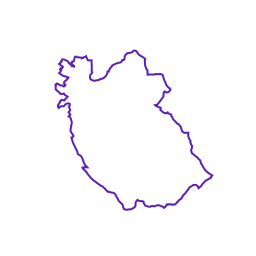 the district of Ciofrangeni, Arges, Romania, rotated 42°
{"feature_id": "2599482B54704009633873", "entity_name": "Ciofrangeni", "entity_type": "district", "adm_level": 2, "iso_a3": "ROU", "parent_name": "Romania", "parent_adm1": "Arges", "projection": "robinson", "projection_center": [24.531, 45.102], "detail": "fine", "context": "isolated", "style": "outline", "palette": "violet", "viewbox_px": 256, "rotation_deg": 42, "n_neighbors": 0, "source": "geoboundaries", "source_scale": "gbopen_adm2", "svg_char_len": 5780}
<svg xmlns="http://www.w3.org/2000/svg" viewBox="0 0 256 256"><g transform="rotate(42 128 128)"><path d="M179.2,190.9L181.1,190.1L181.8,189.6L183.1,187.9L184.5,186.6L184.5,186.3L185.1,185.2L185.8,183.0L185.8,182.3L185.9,181.6L185.7,181.3L185.3,180.3L184.0,179.0L183.5,177.9L183.1,175.9L183.1,175.1L184.7,174.8L185.9,174.2L187.1,173.3L187.7,172.6L189.2,172.5L189.6,173.2L190.2,173.3L192.4,174.1L194.0,173.6L196.4,172.4L196.6,172.1L197.0,171.9L198.0,169.9L198.7,169.4L199.2,169.3L199.9,168.7L200.8,167.1L201.0,166.5L202.1,165.2L202.7,164.7L206.8,163.1L208.3,163.2L208.5,162.8L208.5,162.2L208.4,161.6L208.3,161.2L208.4,159.0L208.2,158.9L208.8,158.4L208.7,157.9L208.9,157.6L209.5,157.5L210.1,157.0L210.3,156.7L210.4,156.4L210.6,156.1L211.4,156.0L212.3,155.1L212.8,154.9L213.3,154.2L213.5,154.2L213.9,153.8L213.9,153.1L214.3,152.3L214.3,151.7L214.2,150.8L214.4,150.4L214.1,150.0L214.1,149.3L214.3,148.8L214.2,147.5L214.3,147.0L214.4,146.7L214.7,145.7L214.6,145.3L214.8,144.1L214.5,142.7L214.0,141.7L214.0,141.4L214.2,141.1L214.1,139.9L214.3,139.4L214.3,139.0L214.1,136.4L214.0,135.8L213.8,134.5L213.9,133.5L213.4,130.7L213.6,130.0L214.1,129.3L214.4,127.4L214.9,126.4L215.6,125.6L217.0,124.7L219.1,124.6L220.1,125.3L220.7,125.5L220.7,124.6L220.9,124.0L221.0,123.3L221.2,122.5L220.8,119.9L220.9,115.2L221.8,113.1L221.8,111.8L222.8,110.5L222.9,109.3L222.5,108.9L222.4,106.9L218.2,107.6L215.8,107.7L213.3,107.6L210.3,106.8L207.8,105.8L205.9,105.5L204.1,104.1L203.1,103.9L202.8,103.7L201.5,103.8L199.4,103.5L195.7,103.8L194.3,103.7L192.4,104.0L191.3,103.2L191.1,103.2L190.1,102.7L189.2,101.2L189.1,100.5L188.7,99.9L188.3,99.4L187.8,98.5L186.3,98.1L183.9,97.0L183.8,96.6L182.9,95.7L182.6,95.8L181.5,95.3L180.8,95.2L179.0,94.2L177.6,93.1L176.7,91.9L176.0,91.1L174.4,92.7L173.0,93.9L170.6,94.3L167.2,92.4L165.8,91.6L164.6,91.6L163.4,91.3L162.9,91.3L161.2,91.8L159.2,91.5L157.3,91.5L156.5,91.3L155.8,91.3L154.7,90.9L154.3,90.7L154.0,90.4L153.3,90.2L152.2,90.2L151.5,89.3L150.8,89.2L148.6,90.0L147.8,90.4L147.1,89.8L146.8,90.0L146.8,90.5L146.5,90.9L146.6,91.4L146.4,91.7L144.9,92.5L144.0,92.8L140.0,92.9L139.3,91.6L138.7,91.1L138.1,91.3L137.7,91.7L135.7,92.3L135.0,92.2L134.8,92.6L134.4,92.9L134.0,92.8L133.7,92.6L133.0,92.7L134.0,91.3L134.0,87.9L133.3,81.1L132.8,80.3L131.9,79.2L131.6,78.6L131.0,78.2L130.6,77.0L130.7,76.4L131.6,76.0L132.8,75.9L133.4,75.3L134.0,74.2L134.1,72.6L134.1,71.7L133.5,70.7L130.3,70.8L127.7,70.4L126.6,69.8L121.5,67.5L120.2,66.5L119.2,65.9L117.9,65.3L115.3,66.6L115.2,67.0L114.0,68.2L113.3,68.5L113.2,69.0L112.2,69.6L111.6,70.9L108.0,74.0L106.9,75.3L104.1,72.3L103.2,72.0L102.2,71.9L98.7,69.9L96.6,67.9L95.6,66.8L95.0,66.2L94.8,65.3L94.6,65.1L92.1,65.3L87.5,66.2L86.4,66.1L83.2,65.4L82.4,65.4L81.5,65.8L80.9,66.2L80.5,66.7L80.3,67.1L80.4,68.5L80.2,69.4L79.6,70.3L77.4,72.8L77.5,74.1L77.1,75.0L77.4,76.4L77.6,77.0L78.9,78.5L79.5,79.9L79.3,80.2L78.6,80.9L78.3,81.2L78.3,81.6L78.8,82.9L78.8,83.3L78.7,83.8L78.2,84.9L77.1,86.0L76.9,86.8L76.0,88.1L75.6,89.1L74.4,92.2L74.8,93.2L74.8,93.8L74.7,94.3L74.7,95.6L74.9,96.4L75.3,97.0L75.5,98.4L75.8,99.0L75.1,99.3L74.9,99.6L75.9,100.9L76.2,102.1L76.7,103.4L76.7,106.0L76.0,108.4L75.7,108.9L75.3,109.1L74.7,109.8L74.6,110.7L74.4,111.4L71.4,115.5L70.3,116.0L68.8,116.6L68.2,116.7L67.0,116.7L66.8,116.6L66.1,115.9L64.8,114.4L64.6,114.1L64.3,112.5L64.3,110.6L64.1,110.4L63.7,110.3L62.2,109.4L61.8,108.6L61.5,108.2L57.6,104.2L55.7,102.1L53.7,103.8L53.5,104.1L52.9,104.5L49.8,103.3L48.9,102.7L48.6,103.6L47.7,105.3L47.8,105.7L47.0,107.0L46.7,106.6L44.6,108.0L43.1,109.4L42.2,109.5L41.0,110.2L41.0,110.4L41.0,111.0L42.6,113.7L43.0,115.0L42.9,115.3L42.4,115.6L42.2,115.8L42.5,117.1L42.4,117.5L42.2,117.7L42.3,117.9L44.0,118.1L45.2,118.0L45.6,118.1L46.5,118.0L46.8,118.2L46.9,118.6L46.7,118.7L46.2,118.5L45.9,118.6L45.5,118.8L44.7,119.6L44.2,119.2L43.7,119.1L40.9,119.4L40.2,119.2L39.6,118.8L38.5,118.7L37.2,119.1L36.1,119.3L35.3,119.7L34.2,120.2L33.1,121.1L33.4,122.0L33.6,123.3L34.2,123.2L34.3,123.9L33.9,126.5L38.7,126.1L39.0,128.5L38.1,128.6L38.2,129.9L39.2,129.8L39.4,129.7L39.7,129.8L40.2,132.2L40.1,132.7L40.2,133.4L41.5,133.1L44.8,132.7L46.8,131.6L49.7,130.4L49.7,131.4L50.1,131.4L50.1,133.2L50.2,133.6L50.2,133.9L49.9,134.6L49.8,136.0L49.9,136.7L50.3,137.1L50.4,137.6L51.0,137.6L51.3,137.8L52.6,137.8L52.9,138.0L52.6,140.1L50.5,140.4L50.2,140.6L49.6,141.4L48.9,141.7L47.9,141.9L47.0,141.9L45.5,142.3L45.2,143.0L45.2,144.0L45.8,143.7L45.8,144.6L46.5,145.7L48.2,147.3L48.3,147.6L49.5,147.7L52.6,147.6L54.2,147.7L54.9,147.9L55.1,147.6L56.1,146.9L56.8,146.3L57.3,145.3L57.7,145.5L59.3,145.7L62.1,145.1L62.2,147.5L61.9,149.1L62.3,149.8L62.3,150.1L61.9,150.5L60.6,150.9L60.1,151.2L59.9,151.4L59.8,151.8L59.9,152.5L59.6,153.4L60.2,154.3L60.3,155.4L60.5,155.7L60.4,156.3L60.7,157.1L60.7,157.9L61.9,159.2L63.2,159.4L63.4,157.3L63.5,156.9L65.4,155.1L65.9,153.8L65.6,152.8L65.7,151.8L66.0,151.2L67.2,149.5L68.8,149.1L70.1,151.3L70.0,151.9L72.7,153.1L73.2,153.6L73.3,156.0L76.2,156.7L76.1,159.1L78.0,158.7L82.3,161.2L82.9,162.0L85.8,166.7L87.0,168.4L87.4,168.7L89.5,169.5L90.3,169.6L91.2,169.8L91.8,170.1L92.1,170.0L92.9,170.5L93.0,172.2L92.3,172.9L92.5,173.1L96.9,175.7L97.5,175.9L100.7,177.3L105.7,179.3L108.4,180.9L110.9,180.4L112.0,180.3L114.8,181.3L119.0,183.6L120.0,183.9L120.5,184.0L120.9,184.3L122.5,184.3L123.0,184.4L124.1,184.5L122.6,185.8L121.7,186.6L120.6,187.8L121.4,188.3L124.8,188.4L127.8,188.8L128.7,189.2L130.6,189.4L132.4,189.8L136.5,190.1L140.0,189.6L141.3,189.7L147.3,188.9L148.3,188.4L152.2,188.6L153.5,188.8L155.4,188.9L156.2,188.6L156.3,188.2L156.9,187.9L158.3,187.4L158.8,187.0L160.7,185.9L161.4,185.7L162.9,185.8L163.3,186.0L163.8,186.0L164.4,186.2L165.1,186.7L167.4,187.4L170.3,188.5L171.2,188.4L173.8,188.6L174.6,188.4L175.3,188.6L177.1,189.9L179.2,190.9Z" fill="none" stroke="#5b21b6" stroke-width="2"/></g></svg>